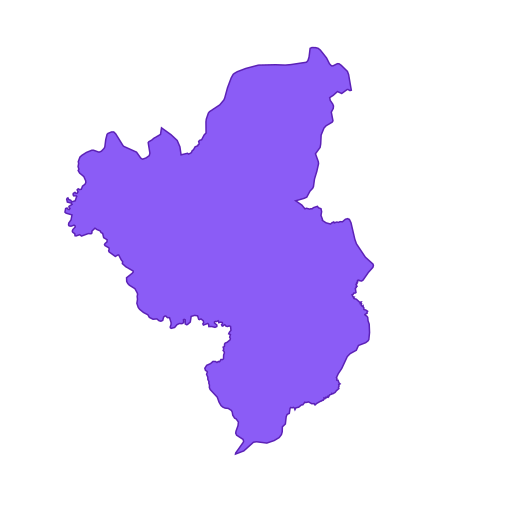 the district of Mae Lao, Chiang Rai, Thailand, rotated 66°
{"feature_id": "78962969B15222639850860", "entity_name": "Mae Lao", "entity_type": "district", "adm_level": 2, "iso_a3": "THA", "parent_name": "Thailand", "parent_adm1": "Chiang Rai", "projection": "albers", "projection_center": [99.739, 19.779], "detail": "fine", "context": "isolated", "style": "filled", "palette": "violet", "viewbox_px": 512, "rotation_deg": 66, "n_neighbors": 0, "source": "geoboundaries", "source_scale": "gbopen_adm2", "svg_char_len": 6132}
<svg xmlns="http://www.w3.org/2000/svg" viewBox="0 0 512 512"><g transform="rotate(66 256 256)"><path d="M428.6,355.3L429.1,346.4L425.1,334.1L425.9,331.1L431.3,322.2L432.0,314.4L431.3,308.7L429.5,305.4L427.2,303.5L422.8,301.4L421.4,297.5L415.1,293.8L413.4,292.0L413.3,289.6L409.1,286.9L408.5,286.0L409.4,284.7L409.5,283.4L410.5,282.8L412.2,282.9L410.9,281.3L411.5,278.5L410.5,275.0L411.0,273.8L409.4,270.8L410.1,270.2L410.7,267.3L413.6,265.2L414.5,262.9L415.8,262.9L416.1,262.4L415.4,260.8L414.9,255.7L415.2,255.1L414.7,254.0L415.1,253.3L414.5,252.1L413.4,251.6L414.3,250.8L413.5,250.0L414.1,249.6L413.7,249.0L414.1,248.3L413.5,247.6L414.2,247.2L413.4,246.8L413.6,245.9L412.8,245.3L413.0,242.9L412.4,242.6L413.1,241.7L412.8,239.2L411.8,237.4L410.8,234.2L409.5,234.1L408.6,233.0L407.2,232.8L407.0,231.2L405.7,231.8L402.9,231.6L402.2,232.7L400.5,231.8L399.8,232.0L396.9,228.6L393.6,223.4L385.0,213.5L383.5,209.8L382.9,202.7L379.4,198.8L379.8,191.1L379.1,188.2L378.2,186.9L372.1,183.4L364.3,180.3L360.8,180.0L357.5,178.9L356.1,179.2L354.5,180.3L353.7,180.3L353.5,177.8L352.7,177.6L351.9,176.5L350.1,177.6L348.7,179.2L347.1,178.5L346.2,178.8L344.9,178.4L345.1,179.4L343.9,179.9L342.7,179.1L342.1,179.9L342.0,179.1L341.4,179.4L340.8,178.6L340.4,180.1L336.3,181.9L334.7,183.8L333.9,183.8L333.5,183.0L332.6,184.0L330.5,184.0L330.5,182.8L329.7,181.7L330.2,180.5L330.0,179.5L325.9,178.4L325.5,177.1L324.5,176.8L324.7,176.1L322.5,176.1L322.3,174.9L321.4,174.9L321.0,173.5L320.2,173.7L319.6,173.1L319.8,171.9L320.8,171.3L321.8,169.7L321.6,168.1L316.7,160.0L313.9,153.8L312.4,152.6L311.0,152.4L301.5,156.6L285.7,159.3L280.8,158.9L264.3,155.7L260.5,155.8L260.3,156.4L259.2,156.9L258.8,159.4L259.9,163.1L258.8,165.3L258.9,166.8L257.8,168.5L257.6,170.9L256.5,171.1L256.8,172.2L256.4,172.6L257.1,174.9L254.2,178.5L250.4,180.9L249.8,180.4L245.3,180.1L242.2,178.0L239.2,177.4L237.4,179.3L235.6,179.7L235.2,183.9L235.7,185.7L235.1,186.6L235.0,187.9L232.9,190.5L232.8,192.1L228.1,193.4L221.7,197.3L222.9,188.6L222.9,185.7L218.7,180.3L217.2,176.7L216.0,175.3L209.4,171.2L203.4,166.0L197.1,161.3L195.1,160.7L186.8,160.1L182.9,153.3L180.1,151.4L172.0,147.3L166.8,141.9L165.5,138.9L164.7,131.9L163.8,130.7L155.2,128.7L152.6,125.4L150.5,124.2L148.4,124.1L144.1,124.9L141.3,124.3L140.6,120.0L138.9,114.7L142.4,111.6L141.0,105.1L141.3,104.2L143.1,102.9L143.3,101.5L127.9,97.6L124.5,97.4L116.4,100.6L114.1,102.0L113.4,103.5L113.6,108.2L113.2,109.4L112.7,109.8L110.3,110.7L103.8,111.0L94.0,113.5L91.5,114.8L89.9,116.8L88.3,120.1L88.3,122.1L95.8,126.6L98.6,129.1L99.5,131.1L95.3,146.4L93.5,151.6L89.2,160.4L82.6,176.2L80.5,189.1L80.0,198.2L80.4,201.6L80.8,203.0L83.2,206.2L90.7,213.6L98.8,220.2L100.4,221.9L103.2,227.6L105.2,239.7L106.1,241.4L110.7,245.7L113.0,247.1L123.3,251.6L124.3,254.1L127.7,258.4L127.4,260.3L128.0,261.8L129.9,262.1L130.7,262.7L131.0,263.9L131.6,264.4L131.5,267.2L133.5,269.9L133.8,271.4L135.2,272.9L135.5,274.3L135.4,276.3L134.3,276.8L133.1,283.3L125.3,281.1L118.4,281.0L110.6,284.3L100.5,290.2L106.1,293.8L106.9,301.5L107.7,304.1L108.0,307.4L108.6,308.4L118.9,311.1L120.9,312.7L121.7,316.6L121.4,320.3L119.6,321.5L112.5,322.9L102.1,332.2L101.1,332.6L87.3,334.5L84.8,335.5L83.9,337.5L83.8,341.4L84.3,342.6L88.5,345.9L94.8,349.7L95.9,351.0L97.4,354.7L97.3,357.2L93.2,361.5L92.6,363.0L92.4,368.8L93.2,374.1L94.0,376.6L97.5,380.0L99.3,380.4L102.0,382.2L104.6,382.5L105.6,383.7L108.5,383.4L113.4,381.0L118.0,381.0L119.7,381.6L120.9,383.1L121.6,386.1L124.0,388.4L123.5,390.2L122.3,391.1L122.8,392.5L125.0,392.5L125.9,393.8L125.6,394.9L124.2,395.5L124.5,397.5L125.7,398.2L126.9,398.1L128.0,395.7L128.6,395.5L132.0,398.7L131.6,402.3L129.7,402.6L128.2,404.1L126.4,404.2L126.5,405.1L127.2,405.9L130.0,406.4L132.5,403.3L134.0,403.0L134.6,406.7L135.3,407.0L136.9,406.6L137.6,407.6L137.1,408.6L135.3,409.1L135.2,410.6L138.2,412.7L139.6,412.1L143.6,407.4L147.7,410.2L149.8,413.7L151.3,414.6L152.2,414.6L153.0,413.8L153.6,412.5L153.8,409.7L155.1,409.0L156.0,409.4L157.3,412.5L158.5,413.7L159.6,413.8L162.0,412.5L163.9,413.1L164.5,412.2L164.8,408.4L166.8,407.3L167.3,400.1L168.6,397.6L168.3,396.6L166.5,395.7L165.1,391.8L167.1,390.6L169.6,388.2L171.6,388.0L173.0,386.9L177.3,387.7L180.6,385.4L182.5,386.4L183.2,388.8L184.0,389.8L185.1,389.7L188.7,387.1L190.0,387.3L191.3,388.5L192.6,388.5L199.2,384.7L198.9,382.0L199.2,381.0L204.8,380.7L206.9,380.1L208.6,381.2L212.9,379.3L219.8,374.3L220.8,374.8L221.4,376.1L223.2,383.1L226.7,384.5L229.1,384.3L231.1,383.6L236.6,379.9L241.3,379.5L242.7,379.7L244.6,381.0L247.4,381.9L250.8,384.1L255.2,384.5L257.4,384.0L261.8,381.8L265.7,378.7L268.7,378.4L271.9,375.8L273.1,372.2L275.7,370.9L276.9,369.4L276.9,367.4L274.2,365.2L273.8,363.6L274.2,362.8L276.3,362.0L277.2,360.1L282.5,360.7L284.2,361.6L286.0,363.3L286.8,363.4L287.6,362.9L288.2,359.4L286.6,356.1L286.5,353.5L287.7,351.2L287.6,349.8L287.0,349.0L284.7,348.2L284.6,347.4L285.5,346.6L289.2,348.3L290.6,347.3L290.7,346.4L289.6,342.9L284.8,339.8L285.3,336.2L286.9,333.7L290.5,334.1L291.1,333.6L291.1,331.9L293.7,330.5L295.5,330.9L296.4,332.2L297.7,332.1L298.0,327.5L299.2,327.1L301.3,327.8L302.5,325.0L304.5,322.5L304.5,320.5L303.2,319.8L300.3,321.2L299.4,320.8L299.2,319.8L299.9,318.6L299.7,316.9L300.2,316.7L301.8,317.1L302.1,315.0L303.1,313.8L304.1,314.1L304.8,315.5L306.3,315.3L306.5,314.7L305.9,312.8L306.5,312.3L307.8,312.0L308.8,310.8L309.0,308.9L310.0,307.9L313.7,309.1L314.9,311.4L316.0,312.6L317.3,311.3L319.5,313.1L320.8,312.9L322.0,313.7L323.1,317.5L323.0,319.5L323.6,320.5L325.9,321.7L325.9,323.1L327.9,323.3L329.0,324.5L330.1,324.0L331.7,324.3L333.2,325.8L336.7,327.5L337.0,328.7L336.3,330.1L337.7,332.2L337.7,332.8L337.0,333.3L337.4,335.0L335.9,335.9L334.8,338.2L335.8,341.3L335.8,345.5L337.7,348.4L339.9,348.7L341.4,347.7L342.2,347.6L344.0,349.3L347.0,349.3L349.3,350.2L351.7,350.1L352.8,350.8L354.9,351.0L357.2,352.1L359.3,352.2L369.2,348.8L374.5,349.2L378.4,348.8L380.5,347.8L382.4,346.1L383.9,343.4L387.1,341.3L388.9,341.2L392.0,342.0L395.4,341.5L396.7,340.4L400.5,339.6L403.6,341.4L407.9,345.5L409.6,346.6L411.8,346.6L418.3,342.4L420.3,342.7L421.0,343.4L427.7,354.7L428.6,355.3Z" fill="#8b5cf6" stroke="#5b21b6" stroke-width="1.5"/></g></svg>